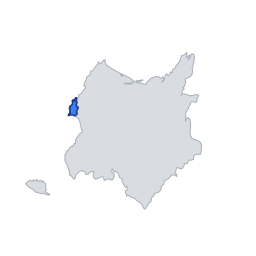 Pyrénées-Orientales highlighted on a map of France, rotated 110°
{"feature_id": "FRA-5337", "entity_name": "Pyrénées-Orientales", "entity_type": "Metropolitan department", "adm_level": 1, "iso_a3": "FRA", "parent_name": "France", "parent_adm1": "", "projection": "robinson", "projection_center": [2.397, 42.62], "detail": "fine", "context": "in_parent", "style": "filled", "palette": "blue", "viewbox_px": 256, "rotation_deg": 110, "n_neighbors": 0, "source": "natural_earth", "source_scale": "10m", "svg_char_len": 5217}
<svg xmlns="http://www.w3.org/2000/svg" viewBox="0 0 256 256"><g transform="rotate(110 128 128)"><path d="M192.3,106.0L190.8,106.7L189.9,108.2L188.9,108.6L187.1,108.6L186.3,107.7L184.2,108.2L183.3,109.2L184.6,110.3L180.5,115.0L177.8,116.2L177.3,119.3L174.2,121.6L173.1,124.0L173.0,124.5L173.8,125.3L173.5,126.8L171.9,127.9L171.9,128.9L172.4,129.0L174.8,128.2L175.7,127.3L175.2,126.0L177.7,124.4L182.1,124.8L182.7,126.9L182.1,128.7L185.4,132.4L182.7,134.2L182.5,135.4L185.5,139.2L187.3,140.8L186.4,143.3L183.4,145.0L181.5,144.8L180.7,145.3L180.8,146.0L182.1,148.4L185.4,149.9L186.0,151.7L185.1,152.3L183.6,155.0L184.3,156.3L184.1,156.9L184.4,157.8L185.3,158.7L189.9,161.0L194.0,160.5L194.5,161.8L192.1,165.4L192.3,166.9L191.0,166.9L190.8,167.5L188.3,168.7L184.2,172.2L182.3,173.2L181.6,175.0L180.5,176.0L174.6,178.1L173.5,177.6L170.6,177.7L168.8,176.4L165.4,175.6L164.2,173.7L161.0,173.4L160.8,172.1L156.3,173.2L150.0,171.5L147.7,169.7L145.9,170.2L144.3,171.8L137.5,176.1L134.8,180.6L135.3,185.8L136.9,188.4L132.7,188.0L130.3,188.7L129.6,189.8L123.7,188.5L121.5,189.6L120.9,189.5L120.2,188.5L117.3,187.2L117.7,186.4L117.3,185.6L114.6,185.0L113.7,185.7L112.6,184.2L105.0,181.8L103.8,181.9L103.3,184.2L98.4,184.2L97.7,183.7L94.5,184.2L91.2,182.0L87.4,182.5L85.2,180.2L83.0,180.1L79.8,178.9L78.4,178.3L78.2,177.6L77.3,178.6L76.1,178.4L75.9,178.1L76.7,176.8L76.8,175.4L72.9,174.3L71.9,173.3L71.9,172.7L74.0,172.2L76.0,170.2L77.9,162.9L79.3,154.2L80.3,152.6L81.5,152.1L80.6,150.9L79.4,152.5L80.2,144.6L81.7,138.7L84.9,141.1L85.7,142.1L86.6,145.6L88.4,147.1L87.2,145.7L86.1,141.0L85.4,139.7L80.3,135.8L80.1,134.9L82.4,135.4L81.5,132.5L81.1,126.3L78.0,125.7L73.0,123.1L69.6,118.4L69.3,116.7L70.2,114.8L69.5,113.6L68.0,112.8L69.2,111.3L70.2,111.1L73.8,112.0L70.9,110.5L66.1,111.0L64.2,110.5L63.9,109.4L65.2,108.0L63.6,107.1L60.9,107.3L60.6,106.9L61.4,105.9L60.7,105.5L58.5,105.9L57.2,105.6L56.1,104.4L52.5,104.1L51.7,103.5L46.7,102.1L41.5,102.4L40.2,100.1L37.0,98.9L37.7,98.2L40.9,97.5L41.5,96.9L39.2,95.9L38.5,95.0L42.7,94.8L40.8,93.7L36.7,93.8L36.2,92.4L36.8,91.0L39.2,89.7L45.2,88.4L49.5,88.3L52.6,86.7L55.7,86.2L58.5,87.0L62.3,91.1L65.4,89.3L70.0,89.3L71.0,90.3L72.2,88.5L73.2,89.6L78.9,89.2L77.6,88.5L76.6,86.8L76.5,80.5L73.7,75.9L73.0,74.3L73.2,72.9L76.5,73.1L79.3,72.5L80.7,72.9L80.9,75.9L82.1,77.6L89.8,78.1L94.3,79.0L98.0,77.4L101.5,76.6L101.8,76.2L99.8,76.4L98.0,75.7L97.7,74.9L98.7,72.6L104.1,70.0L111.9,67.9L114.0,66.5L116.3,63.9L115.8,63.3L116.2,56.4L117.3,54.1L120.3,52.5L127.9,50.8L128.8,53.0L128.8,54.3L130.8,56.2L131.8,56.8L135.1,55.8L136.7,57.6L137.2,59.6L141.2,60.4L142.3,63.1L143.1,62.5L145.6,62.6L146.7,62.9L148.4,64.0L147.9,65.6L148.6,66.4L148.0,67.9L148.4,68.5L153.0,68.5L154.4,67.8L155.0,66.4L156.4,65.5L156.9,65.8L156.1,68.5L156.7,69.2L157.1,71.2L158.8,71.4L162.3,73.0L165.1,75.6L168.7,75.2L171.5,76.7L174.3,75.9L177.0,76.7L178.0,77.5L180.6,81.2L182.5,80.4L183.9,80.9L184.4,81.9L189.6,81.3L190.5,82.3L191.6,82.7L198.2,84.1L198.3,85.5L194.6,89.5L193.1,95.1L192.1,97.1L191.7,98.5L192.0,99.5L191.9,101.1L191.2,104.7L191.7,105.8L192.3,106.0ZM218.5,182.4L218.2,184.7L219.2,186.4L219.8,193.2L217.9,196.5L217.7,200.5L215.4,205.2L211.5,203.1L210.3,201.9L211.3,200.1L209.1,199.1L209.5,197.4L209.3,196.5L207.7,196.4L207.6,196.0L208.7,194.6L208.7,193.8L207.2,192.7L206.9,191.8L208.3,190.7L207.6,189.8L206.8,189.6L208.6,186.5L209.9,185.5L212.9,184.7L214.1,183.5L216.1,184.1L216.4,183.8L216.9,179.0L217.6,178.9L218.2,179.5L218.5,182.4ZM80.6,132.8L80.1,134.2L78.2,131.8L77.9,130.5L80.6,132.8Z" fill="#d9dde1" stroke="#a8b0b8" stroke-width="1"/><path d="M117.4,186.6L117.5,186.5L117.7,186.3L118.0,186.3L118.0,186.2L118.3,186.1L119.1,186.0L119.5,186.0L120.1,186.2L120.3,186.1L120.5,186.0L120.5,185.9L120.6,185.5L120.6,185.4L120.7,185.2L120.9,185.0L121.0,184.8L122.4,184.6L123.1,184.8L123.2,184.7L123.3,184.6L123.6,184.8L123.9,184.6L124.6,183.9L125.1,184.0L125.3,183.9L125.6,183.8L125.7,183.6L125.7,183.3L125.4,182.1L125.6,181.9L126.0,181.7L130.3,181.9L130.6,181.8L130.8,181.7L131.1,181.2L131.3,181.0L132.2,180.6L132.4,180.7L132.7,180.9L134.7,181.9L134.7,182.6L134.6,183.3L134.7,183.7L134.6,184.3L134.7,185.2L134.7,185.9L134.8,186.4L135.0,186.6L135.3,186.7L135.6,186.8L135.9,186.9L136.1,187.0L136.0,187.4L136.1,187.6L136.4,188.0L136.5,188.3L136.0,188.5L135.6,188.5L135.3,188.4L135.0,188.4L134.9,188.3L134.7,188.2L134.5,187.8L134.1,187.8L133.9,187.8L133.7,187.9L133.3,187.7L132.9,188.1L132.6,188.1L132.4,188.1L132.2,188.1L131.6,188.6L131.4,188.7L131.1,188.7L130.6,188.7L130.3,188.7L130.1,188.8L129.6,189.2L129.5,189.3L129.6,189.6L129.7,189.8L129.4,189.9L129.1,189.8L128.5,189.6L128.3,189.6L128.2,189.7L128.0,190.0L127.8,190.1L127.7,190.0L127.4,189.9L127.2,189.8L126.9,189.6L126.7,189.4L126.6,189.1L126.4,189.1L126.0,189.0L125.2,188.7L124.7,188.4L124.3,188.5L123.5,188.7L122.9,188.6L122.7,188.7L122.6,188.8L122.5,189.0L122.1,189.3L121.9,189.6L121.6,189.7L121.2,189.7L120.9,189.6L120.6,189.4L120.5,189.2L120.3,188.6L120.2,188.3L120.0,188.2L119.7,188.2L119.4,188.1L118.7,187.7L118.4,187.6L117.6,187.5L117.4,187.4L117.3,187.2L117.3,186.8L117.4,186.6ZM120.9,188.2L121.1,188.2L121.0,187.9L120.8,187.7L120.7,187.5L120.4,187.9L120.4,188.1L120.6,188.2L120.9,188.2Z" fill="#3b82f6" stroke="#1e3a8a" stroke-width="1.5"/></g></svg>